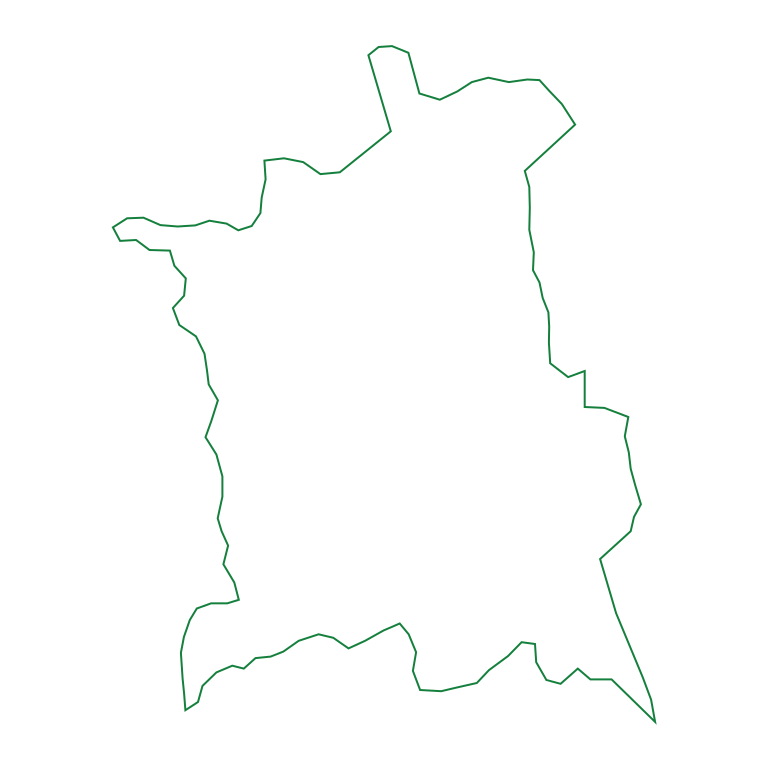 São Sebastião do Caí, Rio Grande do Sul, Brazil
{"feature_id": "56859067B90452711270544", "entity_name": "São Sebastião do Caí", "entity_type": "district", "adm_level": 2, "iso_a3": "BRA", "parent_name": "Brazil", "parent_adm1": "Rio Grande do Sul", "projection": "robinson", "projection_center": [-51.346, -29.585], "detail": "fine", "context": "isolated", "style": "outline", "palette": "green", "viewbox_px": 768, "rotation_deg": 0, "n_neighbors": 0, "source": "geoboundaries", "source_scale": "gbopen_adm2", "svg_char_len": 1674}
<svg xmlns="http://www.w3.org/2000/svg" viewBox="0 0 768 768"><path d="M238.3,230.3L226.6,223.6L209.4,220.7L195.3,225.4L177.6,226.5L160.4,225.1L143.5,217.7L127.1,218.3L112.9,227.4L120.1,240.9L136.1,240.0L149.5,250.0L169.9,250.6L174.4,265.8L185.8,278.4L184.1,295.7L172.9,308.0L179.3,325.0L196.0,336.4L204.5,353.7L207.0,370.4L208.7,384.4L217.9,400.3L211.4,420.8L205.5,437.2L216.4,454.5L222.4,476.4L222.4,496.6L217.7,518.3L221.6,531.2L228.1,545.6L223.4,564.3L234.3,582.5L238.8,599.8L227.4,603.3L211.2,603.3L196.8,608.5L189.8,620.0L183.9,637.0L180.9,652.8L182.6,678.6L184.1,693.5L185.4,710.2L198.0,702.0L202.5,685.9L216.4,672.4L232.3,665.7L243.8,668.6L255.5,658.1L270.6,656.6L283.3,651.6L298.7,640.8L318.6,634.3L333.3,637.8L348.5,648.4L365.1,640.8L383.5,630.5L399.7,623.5L408.7,634.3L416.1,652.2L412.9,670.9L420.1,690.0L441.2,691.2L456.4,687.6L476.8,683.0L489.0,670.1L508.1,656.0L521.6,642.2L535.0,644.0L536.2,662.2L546.4,680.0L560.6,683.8L577.8,668.6L590.4,679.4L611.6,679.4L655.1,721.9L651.1,699.7L642.9,677.7L616.1,613.2L600.1,559.0L630.7,531.2L634.0,516.9L640.9,504.3L635.2,485.2L630.7,468.8L628.8,452.4L624.8,436.3L628.3,417.0L604.4,407.9L584.7,407.0L584.7,371.0L568.1,377.1L550.2,363.3L548.9,342.5L549.2,326.7L548.4,312.4L542.7,298.0L539.5,282.5L533.0,270.2L533.8,252.3L529.3,229.8L529.8,207.8L529.3,187.0L524.8,170.9L575.1,124.6L561.9,104.1L549.0,90.6L539.5,80.1L527.3,79.5L508.9,82.1L488.3,77.7L471.8,82.1L457.2,91.5L439.8,99.7L419.4,93.5L408.4,52.8L392.0,46.1L378.6,47.0L368.4,55.2L390.8,131.3L339.8,172.3L320.4,174.1L303.2,162.1L284.0,158.3L264.4,160.6L265.6,179.4L261.7,197.5L260.4,213.1L251.7,226.0L238.3,230.3Z" fill="none" stroke="#15803d" stroke-width="2"/></svg>